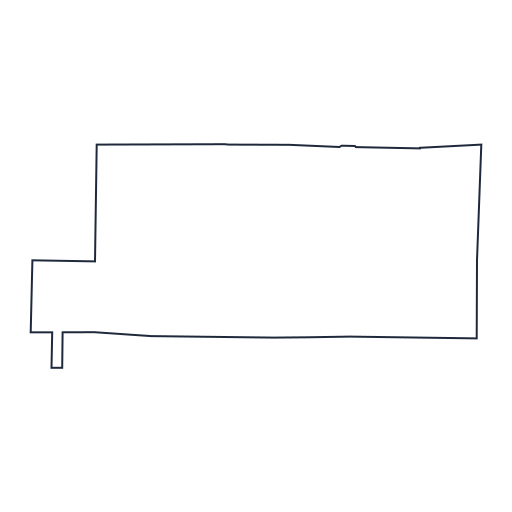 St. Francis, Arkansas, United States of America
{"feature_id": "52423323B70902388420636", "entity_name": "St. Francis", "entity_type": "district", "adm_level": 2, "iso_a3": "USA", "parent_name": "United States of America", "parent_adm1": "Arkansas", "projection": "equal_earth", "projection_center": [-90.808, 35.008], "detail": "fine", "context": "isolated", "style": "outline", "palette": "slate", "viewbox_px": 512, "rotation_deg": 0, "n_neighbors": 0, "source": "geoboundaries", "source_scale": "gbopen_adm2", "svg_char_len": 429}
<svg xmlns="http://www.w3.org/2000/svg" viewBox="0 0 512 512"><path d="M96.7,144.6L95.0,261.4L32.4,260.3L30.7,332.3L52.2,332.3L51.5,367.8L62.2,367.8L62.6,332.3L94.3,332.2L151.0,336.1L273.8,337.6L306.4,337.3L350.1,336.6L476.7,338.4L477.0,260.3L481.3,144.6L419.9,147.8L419.9,148.4L355.9,147.1L354.9,146.0L341.7,145.7L339.4,147.0L289.0,144.8L228.8,144.6L224.6,144.2L96.7,144.6Z" fill="none" stroke="#1e293b" stroke-width="2"/></svg>